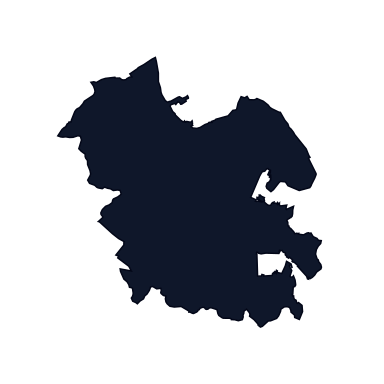 the district of Slava Cercheza, Tulcea, Romania, rotated 194°
{"feature_id": "2599482B87886989581209", "entity_name": "Slava Cercheza", "entity_type": "district", "adm_level": 2, "iso_a3": "ROU", "parent_name": "Romania", "parent_adm1": "Tulcea", "projection": "albers", "projection_center": [28.562, 44.879], "detail": "fine", "context": "isolated", "style": "filled", "palette": "ink", "viewbox_px": 384, "rotation_deg": 194, "n_neighbors": 0, "source": "geoboundaries", "source_scale": "gbopen_adm2", "svg_char_len": 5930}
<svg xmlns="http://www.w3.org/2000/svg" viewBox="0 0 384 384"><g transform="rotate(194 192 192)"><path d="M161.7,298.1L163.7,296.1L167.4,296.4L168.8,289.4L168.7,283.2L169.4,282.2L172.1,281.1L175.4,274.6L186.4,268.4L187.1,267.2L190.1,265.2L189.5,264.4L192.3,263.7L193.1,262.3L195.6,260.7L199.7,256.6L202.7,254.9L206.8,254.3L208.9,255.1L208.8,255.8L208.3,255.8L207.4,256.9L208.3,257.5L208.1,259.0L209.2,260.0L208.8,260.7L209.1,261.1L209.5,260.1L210.6,259.3L214.1,259.2L215.4,258.6L215.0,258.2L215.4,258.0L216.5,259.1L216.8,258.2L217.7,257.9L220.5,259.0L226.8,262.7L227.4,263.9L230.2,265.4L234.0,269.9L233.7,271.5L230.9,273.3L229.9,273.7L228.9,273.0L227.6,275.9L225.8,275.9L224.2,274.4L223.2,274.8L219.6,278.7L220.6,280.2L218.2,282.0L218.4,282.9L219.7,284.4L221.0,282.7L224.0,280.5L227.2,281.4L228.4,280.7L234.4,275.1L236.2,274.2L237.2,273.2L239.9,274.1L244.7,279.0L246.1,281.1L247.9,285.6L251.3,291.0L253.4,299.3L258.1,309.9L260.1,313.7L263.1,311.1L269.6,303.9L274.2,299.7L274.9,298.3L280.9,291.6L278.2,289.2L280.4,288.3L282.6,286.3L283.1,285.2L285.2,284.2L287.3,284.0L289.7,285.1L294.4,283.8L294.7,284.0L294.3,284.5L294.5,284.7L303.5,281.3L307.1,279.1L311.3,275.1L313.9,275.2L316.6,274.0L313.3,271.1L311.4,268.3L310.4,266.1L310.6,263.3L311.4,261.7L318.4,254.1L319.2,251.2L321.5,246.7L323.6,244.9L324.6,243.3L325.2,241.5L326.4,232.6L326.3,230.9L328.4,230.0L328.3,229.0L329.5,228.0L330.4,224.6L331.6,223.6L333.2,221.3L335.8,214.0L332.7,213.7L330.6,214.0L327.8,215.0L324.0,215.3L320.6,216.3L316.3,219.0L313.8,219.1L311.8,215.7L312.3,206.6L309.1,204.6L304.8,202.9L304.3,200.7L303.4,199.2L301.0,197.2L299.9,193.3L296.2,188.2L294.7,185.0L294.8,183.4L296.1,178.3L293.5,175.6L288.0,175.0L285.5,173.6L284.1,173.3L279.9,173.5L278.0,175.6L274.9,175.2L271.9,175.4L268.7,174.4L264.9,175.9L262.2,176.2L260.3,173.1L260.7,171.9L262.9,169.2L266.5,166.3L267.0,165.0L266.9,162.6L267.1,162.1L269.2,159.5L272.4,157.2L274.7,153.3L275.4,149.7L274.8,148.2L272.5,146.3L272.6,145.4L275.7,140.7L274.7,140.7L259.1,132.3L252.0,129.1L245.8,127.4L246.0,127.1L245.3,124.1L250.6,112.4L247.6,112.1L248.1,110.1L235.4,104.7L231.7,100.7L243.1,100.0L242.1,97.6L237.0,91.0L233.3,89.2L230.9,86.8L229.6,84.4L227.4,84.5L226.4,84.0L224.7,79.9L224.4,78.6L224.5,76.3L225.2,74.4L223.1,71.7L219.7,71.1L218.0,70.3L216.0,73.7L213.2,76.6L212.7,79.8L211.0,82.0L209.6,86.2L209.2,89.9L207.2,90.8L202.8,89.5L199.0,91.0L198.0,89.1L198.0,87.0L197.5,86.1L194.8,84.7L192.1,84.6L192.0,81.9L190.7,79.1L189.0,77.5L185.8,75.8L181.4,76.1L174.8,78.3L167.0,76.0L165.9,75.3L165.9,74.7L165.0,75.0L162.3,74.4L161.1,74.5L158.4,76.7L157.7,77.7L157.6,78.7L156.6,79.5L156.0,81.2L153.8,82.7L152.0,82.9L150.6,81.7L149.5,81.6L148.2,82.2L146.8,84.0L144.9,84.3L139.3,83.9L137.4,80.2L136.1,78.7L132.4,77.3L131.2,77.1L124.8,78.6L123.1,78.4L122.9,77.7L119.6,78.4L115.9,78.3L112.3,80.3L112.1,83.1L112.7,84.8L112.4,86.6L112.7,89.0L110.7,91.5L107.2,88.8L106.2,87.4L106.1,85.4L101.0,83.2L96.0,79.8L95.8,79.0L95.1,79.2L94.6,78.2L92.9,77.5L91.2,78.7L86.8,85.3L84.6,86.0L79.3,89.8L78.0,92.8L77.2,97.5L77.4,99.8L74.6,102.9L72.0,103.7L70.1,103.7L69.0,103.2L67.3,100.8L66.9,99.4L62.8,97.4L62.0,95.1L57.0,94.3L55.8,102.7L57.8,108.6L61.9,110.5L62.8,109.5L63.5,109.8L64.9,112.2L66.3,112.5L67.4,113.4L68.3,115.8L69.2,115.4L70.1,117.0L69.5,117.3L70.8,124.3L69.4,125.1L68.9,126.8L69.3,128.0L70.7,131.5L73.3,135.2L73.9,133.9L75.7,133.3L76.6,134.0L76.2,139.9L79.8,143.8L79.3,145.9L76.4,142.5L78.5,146.2L83.5,147.6L83.6,142.9L85.2,134.6L89.7,134.6L90.0,134.9L90.1,136.1L91.0,136.4L90.5,133.4L91.1,133.7L91.6,135.1L92.4,134.9L92.3,133.1L93.0,133.1L93.4,134.2L93.6,132.4L94.1,132.3L94.0,130.4L102.1,127.8L102.2,128.9L104.2,128.9L104.3,127.3L108.0,126.2L114.0,147.4L114.4,147.3L114.7,148.6L114.6,149.3L114.3,149.3L113.1,149.3L112.7,148.7L110.0,148.7L105.5,150.6L92.8,153.4L92.4,155.3L93.1,155.5L93.1,156.5L92.6,156.8L92.0,156.4L90.3,157.1L89.0,155.7L86.6,155.4L86.3,153.6L84.6,152.7L84.5,151.9L82.2,151.2L81.6,152.3L77.9,150.4L78.2,149.0L77.1,148.4L75.9,148.6L70.8,145.8L70.7,145.7L71.4,145.3L60.4,138.0L58.9,135.6L58.3,135.6L59.6,137.0L58.8,136.7L58.0,137.6L57.3,136.5L56.4,136.5L54.6,138.3L52.9,141.0L51.7,144.5L48.3,148.5L48.2,150.4L49.5,152.8L52.1,154.9L53.1,156.7L54.5,157.4L57.1,161.6L57.4,166.2L56.4,170.0L54.7,173.1L54.8,176.1L57.6,175.7L59.5,177.2L63.6,178.0L66.7,181.0L67.4,180.2L68.9,180.7L70.5,180.0L73.4,177.4L78.1,176.9L78.4,177.7L79.1,177.1L80.2,177.4L82.3,176.4L83.4,177.8L87.4,180.5L88.7,180.9L89.5,181.5L89.6,182.2L90.2,182.0L91.2,183.8L91.7,185.8L93.2,187.4L91.8,189.6L91.1,189.9L90.6,191.0L90.0,191.0L89.0,192.7L89.1,195.2L89.9,198.9L90.0,202.7L95.5,198.5L95.8,197.9L96.6,198.2L97.0,200.2L96.9,202.2L102.7,199.9L103.6,200.2L104.2,201.0L104.4,202.0L104.8,201.0L105.3,201.0L104.9,201.7L105.1,201.9L105.9,200.6L106.5,201.4L106.2,202.0L106.5,202.4L107.0,201.1L108.3,201.4L110.0,200.7L110.0,202.1L111.2,201.3L112.0,200.1L112.4,198.2L114.2,197.6L115.8,197.9L120.2,200.1L119.5,200.9L120.6,203.0L120.4,204.1L123.4,204.6L125.3,205.6L125.5,205.1L126.0,205.1L125.7,204.5L125.9,203.2L126.8,202.4L127.6,202.6L127.6,201.7L126.8,200.8L125.2,201.0L125.3,200.5L121.5,199.9L121.6,199.2L126.1,199.0L127.0,198.4L128.2,198.4L127.9,199.9L133.8,201.0L130.2,223.8L129.4,226.8L128.4,229.3L127.4,229.2L126.3,230.0L125.1,232.7L124.1,233.1L124.0,232.7L121.8,232.2L122.6,227.0L122.5,226.5L121.5,232.2L121.1,232.1L120.7,229.8L121.2,225.9L120.5,227.8L120.2,227.3L120.6,224.5L119.5,226.6L118.8,224.3L119.1,223.4L118.4,222.8L119.5,221.0L119.3,220.6L121.2,218.8L121.4,215.4L120.3,213.7L115.5,211.4L113.5,214.0L109.7,222.5L108.7,223.7L103.8,224.4L100.4,221.3L88.3,219.4L78.8,224.7L78.0,226.8L77.8,228.6L76.3,235.1L75.8,238.9L76.1,239.9L87.2,252.9L85.9,254.2L87.4,255.6L91.6,261.4L106.3,272.6L107.9,274.4L111.1,277.0L113.5,278.2L115.5,281.3L119.2,284.0L125.6,290.7L127.0,290.5L134.6,292.1L137.0,293.0L139.2,294.8L144.7,297.3L151.7,298.4L152.9,297.1L154.3,296.4L158.8,295.4L161.7,298.1Z" fill="#0f172a" stroke="#020617" stroke-width="1.5"/></g></svg>